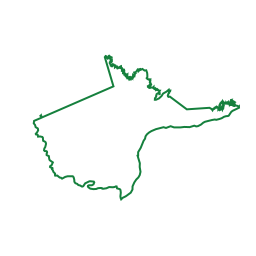 the district of Barrancabermeja, Santander, Colombia, rotated 212°
{"feature_id": "7082276B38592891469597", "entity_name": "Barrancabermeja", "entity_type": "district", "adm_level": 2, "iso_a3": "COL", "parent_name": "Colombia", "parent_adm1": "Santander", "projection": "robinson", "projection_center": [-73.914, 7.026], "detail": "fine", "context": "isolated", "style": "outline", "palette": "green", "viewbox_px": 256, "rotation_deg": 212, "n_neighbors": 0, "source": "geoboundaries", "source_scale": "gbopen_adm2", "svg_char_len": 5837}
<svg xmlns="http://www.w3.org/2000/svg" viewBox="0 0 256 256"><g transform="rotate(212 128 128)"><path d="M203.1,74.1L202.6,73.8L201.6,74.3L200.9,74.3L199.7,73.0L198.2,74.2L195.9,75.0L195.1,74.7L193.2,72.2L191.2,72.4L190.2,72.2L189.1,71.1L188.1,68.0L188.1,66.3L187.4,64.6L186.4,64.3L185.0,65.1L184.3,65.1L183.6,64.3L183.3,62.8L182.6,61.9L180.2,62.2L178.4,60.0L177.3,59.2L173.5,59.0L173.1,56.1L173.8,54.4L173.5,53.6L172.7,53.5L171.0,54.1L170.6,53.7L170.8,53.1L170.6,52.7L169.4,52.4L168.1,51.3L165.7,50.7L165.1,49.5L164.5,49.0L162.8,50.2L159.7,49.8L158.5,50.3L157.1,50.1L155.3,53.3L153.6,55.1L149.3,57.8L148.0,57.4L146.2,55.7L145.0,54.0L143.4,53.3L141.4,53.7L139.9,53.3L138.1,53.9L136.1,53.9L135.5,54.3L135.1,55.0L135.0,58.4L132.8,61.9L132.1,62.7L128.6,64.4L127.8,64.0L127.4,61.9L128.3,60.3L130.8,58.7L131.3,57.8L131.0,57.1L130.2,56.7L127.8,56.6L125.0,57.8L122.7,59.4L121.5,61.1L119.5,62.6L118.3,63.2L117.8,62.9L117.0,63.2L114.4,65.4L112.7,67.9L109.3,69.8L108.0,71.0L107.3,72.1L106.7,72.4L105.3,71.0L102.6,71.8L101.5,71.4L99.8,69.3L98.3,66.1L97.1,64.7L96.0,63.9L95.5,66.0L93.7,68.9L91.4,74.6L91.6,78.2L93.2,80.9L93.8,85.2L93.7,88.6L93.0,91.6L93.1,94.3L94.2,97.5L97.4,101.1L99.3,104.4L105.2,109.6L104.8,110.0L106.6,112.9L106.7,117.9L108.0,125.4L107.9,128.0L108.7,130.2L108.6,132.6L107.8,135.2L106.5,137.8L103.7,141.8L98.3,147.5L95.8,148.2L92.8,152.1L89.3,152.9L84.1,156.1L80.7,158.8L76.2,161.4L73.0,165.1L71.0,165.5L69.7,166.6L67.9,169.6L67.0,172.4L66.0,174.1L61.1,179.2L58.9,181.2L57.5,181.7L55.3,184.0L53.7,186.0L52.5,188.4L51.1,190.0L49.6,191.1L49.1,191.9L49.0,196.3L48.4,198.0L44.6,204.0L45.3,205.0L45.4,204.6L46.8,204.8L48.8,204.1L49.3,203.1L50.4,202.6L51.6,202.8L53.5,201.7L53.7,202.0L53.5,202.4L52.8,202.6L53.2,202.6L53.1,203.0L52.6,203.0L52.2,203.5L52.5,203.5L52.3,204.2L51.7,204.6L51.6,204.4L51.4,204.4L51.6,204.7L51.0,204.9L51.3,205.0L51.0,205.8L51.5,205.7L51.5,205.1L52.3,204.7L52.9,205.6L52.6,205.8L53.3,206.2L52.9,206.5L53.1,206.5L52.9,207.0L53.3,206.5L54.9,206.2L55.0,205.9L55.1,206.7L55.5,206.3L55.1,205.4L54.9,205.2L54.7,205.6L53.9,205.8L53.3,205.4L53.1,204.8L53.3,203.7L53.5,204.1L53.7,203.9L53.8,204.5L54.0,204.8L53.8,203.9L53.6,203.6L54.2,203.8L53.9,203.3L54.3,202.8L54.3,203.1L54.3,202.5L54.6,203.0L54.6,202.0L55.0,202.0L55.0,202.8L55.2,202.4L55.4,202.7L55.8,202.6L55.2,201.9L56.0,202.3L56.0,202.0L56.7,201.5L56.7,202.4L56.9,202.2L57.1,202.7L57.3,202.2L57.0,202.2L56.9,201.4L57.4,201.5L57.1,201.2L57.7,200.6L57.9,200.7L58.2,200.0L58.0,200.8L59.2,200.5L59.0,200.0L59.2,199.6L59.6,199.7L59.5,200.1L60.2,199.8L60.0,200.3L60.6,199.9L61.0,200.4L60.7,200.5L61.5,200.8L60.9,199.7L61.5,199.8L61.4,199.5L62.2,198.9L62.5,199.2L62.6,198.6L63.4,198.7L62.8,198.4L62.7,197.5L61.4,199.0L60.6,199.2L60.3,198.6L60.3,199.1L59.6,198.9L58.9,198.0L59.1,197.4L58.8,197.8L58.6,197.7L58.4,195.7L57.5,194.8L57.5,194.6L57.7,195.1L57.8,194.7L58.4,195.2L57.7,194.0L57.9,193.8L58.1,194.0L57.9,193.5L58.5,193.8L58.9,193.4L59.1,193.7L58.7,194.0L59.1,193.9L59.0,194.2L59.3,193.8L59.0,194.8L59.6,195.6L59.5,194.1L60.1,195.2L59.8,193.7L61.0,194.3L61.6,195.0L62.5,197.0L62.4,195.5L61.5,194.2L61.2,194.2L61.1,193.5L60.7,193.7L59.4,192.8L59.5,192.2L59.9,192.1L59.9,191.8L60.9,192.0L61.1,191.4L61.8,192.5L62.5,193.1L64.3,193.1L64.9,191.5L64.5,191.5L64.9,191.2L64.3,190.9L64.9,191.1L64.9,190.3L65.3,190.3L65.4,189.3L64.8,189.0L65.8,189.0L65.7,187.8L67.1,188.4L69.6,188.3L88.0,175.0L109.2,176.8L110.0,175.9L110.7,175.9L111.4,176.5L111.9,178.4L111.7,179.4L112.2,179.9L111.7,181.3L112.0,182.2L113.1,181.5L113.7,182.1L114.6,179.3L116.5,175.8L116.5,172.9L117.4,169.5L119.3,166.7L120.2,166.2L120.9,167.5L120.7,169.6L121.2,170.1L121.3,170.9L121.7,171.7L121.3,172.9L120.7,173.6L120.1,173.8L119.4,173.3L119.1,173.7L119.9,174.7L120.7,174.5L120.8,176.5L121.5,176.1L123.4,176.4L123.3,175.7L123.9,175.6L124.3,175.1L124.9,176.1L125.9,176.2L125.9,175.1L126.2,175.0L127.5,175.4L128.1,176.4L128.4,175.2L129.7,174.8L130.7,173.5L131.0,173.4L131.2,174.3L131.5,174.7L131.9,174.5L132.3,173.4L132.9,173.4L133.3,174.0L131.6,175.3L131.3,177.0L131.6,177.2L132.6,176.5L132.6,178.0L133.7,178.3L134.0,179.8L134.5,180.6L134.8,179.7L135.2,179.9L135.5,180.7L137.3,179.8L138.6,180.2L138.5,181.3L139.9,183.5L141.0,184.9L143.1,186.6L144.4,185.5L147.1,185.7L148.0,184.2L148.8,184.6L149.7,183.7L149.0,182.9L149.2,181.9L149.8,182.7L150.6,182.0L150.5,182.8L150.8,182.8L150.9,180.1L151.3,178.9L152.9,178.2L150.8,178.1L151.1,177.5L150.9,177.0L151.5,175.9L151.1,175.7L150.3,176.2L149.9,175.1L150.7,174.7L151.4,175.0L150.4,173.3L150.7,173.0L151.5,173.6L151.6,173.1L150.9,172.3L152.3,172.4L152.1,171.7L151.3,171.6L151.7,171.0L151.4,170.6L152.0,170.2L152.7,170.5L152.8,169.9L153.5,170.4L154.2,170.1L153.8,171.2L154.0,171.8L155.1,170.7L155.8,170.4L156.5,170.6L155.9,171.3L156.9,173.1L157.7,170.8L158.1,171.0L157.9,172.0L158.5,172.6L158.9,172.7L159.4,171.9L159.6,172.4L160.2,172.7L160.3,171.8L161.2,171.7L161.5,172.3L161.3,174.4L161.8,174.9L162.1,173.5L163.0,173.8L163.2,172.4L163.6,173.7L163.4,175.1L163.9,175.2L163.9,174.4L164.3,174.6L164.0,175.8L164.7,174.9L165.0,175.2L165.6,175.0L165.4,175.7L166.0,175.8L166.7,176.7L167.0,176.3L167.0,175.4L167.5,175.2L168.0,173.8L168.7,174.0L168.3,173.3L168.6,172.9L170.7,173.9L171.2,172.6L172.1,174.3L172.8,174.0L174.0,174.3L174.6,173.9L174.5,173.6L173.9,173.0L173.8,172.2L174.4,171.8L175.3,173.2L175.9,172.0L176.6,172.7L177.7,173.1L178.3,174.1L178.2,174.9L177.0,175.1L177.0,176.0L177.8,177.2L178.9,176.5L179.6,177.1L180.0,178.2L179.1,179.0L179.4,179.3L180.0,179.1L181.2,177.3L181.3,179.1L182.3,179.3L182.6,178.7L182.2,176.9L182.7,176.3L183.6,176.2L183.9,176.9L184.6,177.3L185.1,177.2L185.2,175.8L162.4,155.6L206.2,91.9L207.4,91.5L207.8,92.1L208.4,91.9L208.6,92.3L208.7,92.0L207.6,91.5L208.1,91.2L207.3,91.3L206.9,90.8L211.4,84.3L210.4,82.0L208.4,81.3L206.8,79.8L204.2,79.8L203.0,78.5L202.8,76.5L203.1,74.1Z" fill="none" stroke="#15803d" stroke-width="2"/></g></svg>